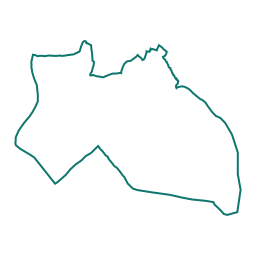 outline of Ogbomosho South, Oyo, Nigeria
{"feature_id": "59680162B1338580155275", "entity_name": "Ogbomosho South", "entity_type": "district", "adm_level": 2, "iso_a3": "NGA", "parent_name": "Nigeria", "parent_adm1": "Oyo", "projection": "equal_earth", "projection_center": [4.225, 8.102], "detail": "fine", "context": "isolated", "style": "outline", "palette": "teal", "viewbox_px": 256, "rotation_deg": 0, "n_neighbors": 0, "source": "geoboundaries", "source_scale": "gbopen_adm2", "svg_char_len": 4672}
<svg xmlns="http://www.w3.org/2000/svg" viewBox="0 0 256 256"><path d="M15.9,145.3L20.5,149.0L30.0,154.6L34.3,157.5L55.1,183.7L57.3,182.3L65.9,174.8L70.3,169.4L75.5,164.5L81.1,160.7L85.7,156.1L91.2,152.9L98.1,146.0L98.9,147.0L99.5,148.0L100.6,149.3L101.9,150.7L102.6,151.3L102.8,151.5L103.0,151.9L103.5,152.5L104.4,153.7L105.3,155.0L106.0,155.7L106.4,155.8L106.8,156.0L107.5,156.5L108.0,157.5L108.3,158.0L108.5,158.7L109.4,159.9L110.2,160.9L111.1,161.8L111.7,162.8L112.5,163.5L113.2,164.6L114.2,166.0L114.9,166.4L115.7,166.9L115.7,167.0L116.2,167.3L116.8,167.8L117.5,168.5L118.4,169.6L119.9,171.5L121.4,173.6L122.3,174.9L124.2,176.9L127.7,183.5L132.9,188.6L137.6,190.1L152.3,192.4L169.6,194.8L175.6,196.1L181.5,197.5L192.2,199.5L205.3,200.8L213.5,202.1L214.5,204.5L217.6,207.4L221.1,210.9L223.9,214.0L227.3,214.9L237.3,212.1L240.6,189.8L237.8,174.2L237.8,152.5L232.0,134.6L225.1,122.8L220.3,117.9L215.8,115.9L212.2,112.1L207.9,106.3L205.5,102.5L202.9,100.5L201.6,99.5L200.4,99.3L199.0,98.0L197.1,96.5L196.3,95.9L195.9,95.4L195.1,94.8L193.2,93.3L191.2,91.2L189.2,89.3L186.9,87.9L184.1,86.7L181.6,86.3L178.8,87.0L177.1,87.5L176.5,88.1L176.2,87.6L176.0,86.6L176.3,85.0L177.4,84.1L177.8,83.4L177.8,82.6L178.1,82.1L178.3,81.7L178.2,81.2L178.1,80.8L177.8,80.5L177.7,80.5L177.6,80.2L177.4,80.1L177.2,79.9L176.8,79.8L176.6,79.6L176.4,79.5L176.3,79.4L176.2,79.3L176.3,79.0L176.4,78.8L176.5,78.5L176.2,78.2L175.9,78.2L175.5,78.1L175.3,77.9L175.1,77.8L174.9,77.6L174.7,77.2L174.6,76.8L174.5,76.4L174.4,76.0L174.2,75.7L174.1,75.4L173.9,75.3L173.6,75.3L173.4,75.2L173.3,74.9L173.2,74.6L173.1,74.4L173.0,74.1L172.8,73.9L172.8,73.7L172.7,73.4L172.5,73.2L172.3,72.9L172.1,72.8L172.0,72.6L171.9,72.2L171.8,71.9L171.7,71.5L171.6,71.2L171.6,70.8L171.3,70.4L171.1,70.1L170.9,69.8L170.7,69.6L170.5,69.4L170.4,68.0L168.9,67.4L168.5,66.5L168.3,65.2L167.4,63.6L167.3,63.4L167.1,63.0L167.0,62.7L167.0,62.4L166.9,62.1L166.7,62.0L166.4,61.8L166.1,61.5L165.9,61.3L165.7,61.0L165.6,60.7L165.4,60.3L165.3,59.9L165.1,59.6L164.8,59.4L163.3,58.0L162.9,56.9L164.8,55.9L165.5,55.2L166.2,53.7L166.8,51.9L165.8,50.9L163.8,49.4L161.9,47.3L159.0,45.2L158.6,46.0L157.8,47.9L157.4,48.6L157.1,49.4L156.8,50.4L156.4,50.3L155.9,50.1L155.5,49.8L154.9,49.7L154.4,49.6L153.8,49.5L153.2,49.3L152.7,49.0L152.2,49.1L151.7,49.1L151.3,49.0L151.1,48.9L150.7,48.6L150.5,49.1L150.4,49.6L150.5,49.8L150.5,50.0L150.4,50.5L150.2,50.6L149.9,50.6L149.9,50.8L149.8,51.1L149.7,51.1L149.6,51.7L149.1,51.7L148.1,51.7L147.3,51.6L146.6,51.3L146.5,51.9L146.4,52.6L146.2,53.7L145.9,54.5L145.2,56.5L144.7,57.9L144.5,58.5L143.8,59.3L143.5,59.7L143.1,59.8L142.6,59.9L142.4,60.0L142.3,59.8L142.1,59.4L141.7,58.7L141.3,58.3L140.9,57.8L140.2,57.3L139.5,56.8L138.8,56.2L138.0,55.3L137.6,55.0L137.2,55.6L136.5,56.4L135.6,57.2L134.5,58.0L133.4,58.8L132.6,59.4L132.2,59.7L131.0,60.6L130.3,60.9L129.2,61.1L128.5,61.1L128.3,61.1L127.5,61.3L126.7,61.6L126.1,62.1L125.6,62.6L125.3,62.9L124.5,63.7L123.8,64.8L123.2,66.3L122.6,67.6L122.5,67.9L122.2,68.9L122.1,69.2L121.6,70.4L121.3,71.7L121.2,73.1L120.7,72.9L119.4,73.0L118.7,73.1L117.6,73.4L116.4,73.5L115.8,73.6L114.4,73.5L113.5,73.5L112.6,73.6L111.4,74.0L110.8,74.2L109.7,74.6L108.7,75.0L107.5,75.5L106.2,76.0L105.6,76.2L104.7,76.7L103.9,77.1L103.4,77.2L102.3,77.2L101.0,76.9L100.0,76.7L98.5,76.5L97.4,76.4L95.5,75.9L94.5,75.5L93.1,75.0L92.8,75.0L92.0,75.4L90.8,75.4L90.3,75.2L90.1,75.1L90.6,73.4L91.5,72.2L92.1,70.6L92.4,69.4L92.6,68.3L93.0,67.1L93.4,65.9L93.7,65.0L93.8,64.0L93.9,63.0L94.0,61.9L93.6,61.7L93.4,61.3L92.6,60.7L92.4,59.6L92.4,57.5L92.2,55.6L92.1,52.9L91.5,50.3L91.1,45.2L88.0,43.6L87.5,43.3L87.3,43.2L87.1,43.2L86.9,43.3L86.7,43.3L86.4,43.1L86.3,42.8L86.2,42.7L86.2,42.3L86.1,42.2L86.1,41.7L85.9,41.5L85.6,41.3L84.8,41.1L84.3,41.1L83.9,41.3L83.4,41.7L83.0,42.1L82.6,42.7L81.8,44.7L81.1,46.6L80.8,47.6L80.2,49.4L79.8,51.0L79.2,51.8L78.2,52.0L76.7,53.1L75.5,53.3L74.4,54.1L73.7,54.3L72.7,54.5L71.5,54.6L69.5,55.0L68.3,54.9L67.5,55.2L66.1,55.4L64.2,55.7L62.2,55.9L61.3,55.8L60.9,55.8L60.1,55.6L59.6,55.5L59.1,55.6L58.6,55.7L57.8,55.8L57.2,55.9L56.6,55.9L56.1,55.8L55.3,55.9L54.8,56.0L54.3,55.9L53.4,55.8L52.5,55.8L51.5,55.7L50.9,55.6L49.5,55.6L48.6,55.6L47.8,55.7L47.3,55.8L46.8,55.8L46.1,55.8L45.6,56.0L45.1,56.1L44.9,56.3L44.5,56.1L44.0,56.0L43.5,56.0L43.0,56.0L42.4,55.8L41.6,55.8L40.8,55.9L40.3,55.9L39.5,55.9L39.0,55.9L38.5,56.1L38.1,56.1L37.5,56.1L36.6,55.8L35.8,55.4L35.1,55.1L33.7,54.8L33.0,54.7L31.6,60.7L31.3,62.7L31.6,64.3L31.3,66.7L32.4,72.9L34.1,78.5L35.3,81.5L36.8,85.1L37.5,91.9L37.9,95.9L37.8,99.3L37.8,101.4L35.7,106.2L32.8,111.6L29.5,116.5L26.5,120.0L24.3,122.6L18.8,130.4L15.7,137.4L15.7,139.9L15.4,143.2L15.9,145.3Z" fill="none" stroke="#0f766e" stroke-width="2"/></svg>